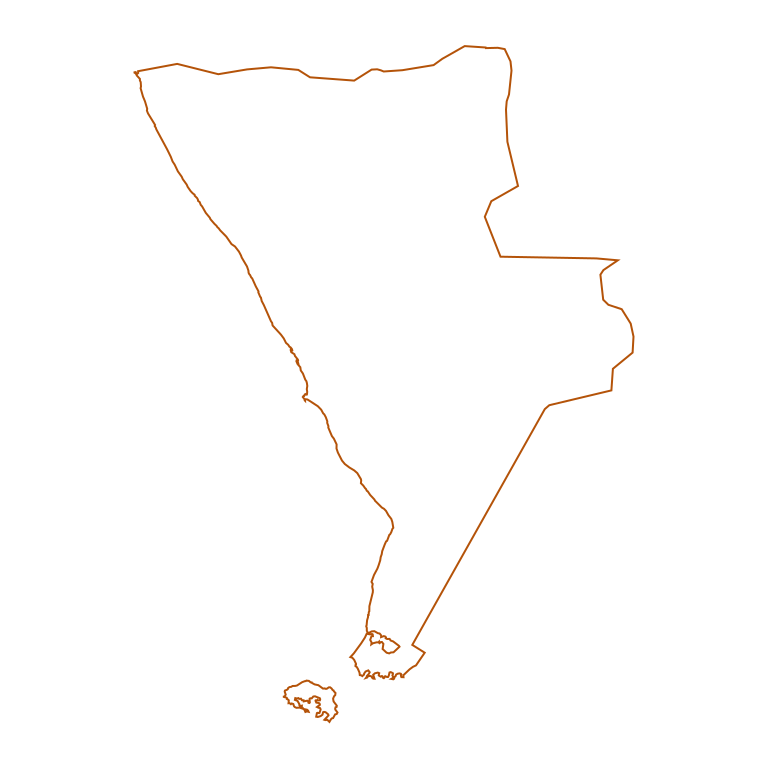 the district of Dhubab, Ta`izz, Yemen
{"feature_id": "15242507B83156576087304", "entity_name": "Dhubab", "entity_type": "district", "adm_level": 2, "iso_a3": "YEM", "parent_name": "Yemen", "parent_adm1": "Ta`izz", "projection": "mercator", "projection_center": [43.427, 12.956], "detail": "fine", "context": "isolated", "style": "outline", "palette": "amber", "viewbox_px": 768, "rotation_deg": 0, "n_neighbors": 0, "source": "geoboundaries", "source_scale": "gbopen_adm2", "svg_char_len": 6085}
<svg xmlns="http://www.w3.org/2000/svg" viewBox="0 0 768 768"><path d="M371.6,69.6L354.2,80.6L310.0,77.3L298.3,69.9L271.0,67.3L247.1,69.4L218.3,74.2L177.2,63.9L138.1,71.2L138.2,73.0L136.7,74.4L135.8,72.2L136.2,72.0L134.5,72.3L134.5,72.7L135.4,73.2L135.8,72.8L136.0,73.5L135.3,74.3L136.0,74.0L136.7,74.8L136.7,75.4L139.9,78.9L139.9,80.5L140.7,82.1L141.0,86.5L140.6,88.2L143.0,96.6L145.0,101.4L147.2,108.8L146.9,110.6L148.0,113.4L155.1,125.0L154.7,126.0L155.9,127.9L156.3,129.3L167.1,149.3L170.8,156.8L172.6,161.5L174.7,164.7L177.9,171.4L181.7,176.7L182.8,179.2L186.7,184.6L187.7,186.9L190.7,191.2L192.7,193.3L194.6,194.7L194.7,195.7L197.1,198.1L197.9,199.6L198.1,200.9L199.7,202.1L200.7,204.8L202.1,206.4L205.8,212.9L209.8,217.7L210.5,219.3L214.4,223.8L216.6,225.9L217.4,227.2L218.6,228.2L220.2,230.4L226.3,236.6L231.5,244.1L235.0,246.5L239.0,251.7L241.0,255.5L241.7,257.5L247.0,266.5L248.4,270.6L248.6,272.8L249.4,274.4L250.0,274.9L251.2,277.4L252.2,278.4L255.8,286.4L258.5,291.4L258.3,292.3L260.2,296.8L260.9,297.5L261.7,301.0L263.8,305.0L271.0,321.3L272.1,322.8L272.6,325.5L281.0,334.7L283.8,338.5L286.0,342.9L288.2,344.8L289.5,346.8L290.5,347.3L291.1,348.0L292.0,349.2L292.3,350.5L291.3,351.0L291.1,348.7L290.8,348.7L290.7,350.2L291.3,352.2L294.4,354.2L295.0,356.0L297.8,359.5L298.1,360.4L297.7,361.4L298.4,363.9L298.0,364.0L297.8,363.6L296.9,361.1L297.0,360.2L296.6,360.3L296.4,361.3L297.6,364.1L300.3,367.2L300.8,370.5L302.9,373.5L305.3,379.7L306.4,381.2L306.9,383.1L307.3,385.9L306.8,389.1L307.2,391.7L307.0,394.1L306.8,394.6L305.9,394.6L305.5,394.2L305.0,394.7L305.4,394.8L304.7,394.6L304.1,396.0L303.5,396.0L302.8,397.0L304.7,399.5L304.7,400.4L305.0,400.7L304.9,399.5L305.4,399.2L307.5,399.5L317.8,406.2L321.2,409.7L323.2,413.4L324.3,414.4L325.8,417.2L327.3,421.3L327.2,422.9L328.4,426.1L328.3,427.6L331.9,436.1L333.9,438.7L336.6,444.4L336.5,448.5L337.9,452.6L342.0,460.6L344.8,464.0L349.4,467.5L354.2,470.4L357.3,473.1L360.9,479.1L361.2,480.4L360.9,483.2L363.3,485.6L365.1,488.2L365.9,488.9L366.8,490.8L367.7,491.3L370.2,495.0L374.5,499.6L374.9,500.6L381.9,507.6L384.0,508.8L386.0,510.9L388.5,515.3L391.3,518.9L392.3,521.9L393.3,527.8L392.4,528.9L391.3,532.1L390.1,534.3L389.3,534.9L387.1,540.8L386.1,541.4L384.8,544.3L382.2,551.2L381.7,554.3L380.7,557.1L380.2,560.4L378.7,565.1L377.4,568.6L374.0,575.0L371.5,581.9L372.7,583.9L372.2,586.7L372.9,590.1L372.8,592.3L369.4,606.2L369.3,611.3L368.8,612.1L368.6,615.0L368.1,615.0L368.0,617.2L367.1,620.2L366.6,625.3L366.2,626.2L366.8,627.9L366.8,630.8L367.8,632.6L368.7,633.0L371.7,631.4L374.4,631.2L377.9,633.2L379.6,633.5L380.9,635.0L381.2,635.9L381.1,637.1L383.8,636.1L385.4,636.6L386.0,637.4L385.7,638.3L387.1,639.0L389.6,638.9L390.6,640.5L393.1,641.4L398.9,645.8L399.5,646.7L393.5,652.3L390.8,652.5L389.2,653.4L386.6,652.7L382.6,649.0L383.4,643.9L381.9,642.0L380.7,642.1L379.6,643.2L378.9,642.7L378.9,641.8L378.4,642.3L376.7,642.3L372.9,643.3L371.3,644.4L371.6,642.5L370.2,639.9L371.3,636.7L372.0,636.1L372.9,636.1L372.7,634.4L372.0,634.0L370.1,634.4L366.7,633.7L364.9,637.6L361.2,643.3L353.8,653.4L350.4,657.1L352.4,657.8L354.2,659.9L356.0,663.8L356.0,664.6L355.5,665.0L355.5,666.2L356.6,666.8L357.8,668.7L359.5,672.6L359.8,675.1L361.5,675.4L362.3,676.1L364.0,674.6L364.1,673.6L365.6,671.5L368.3,670.4L369.7,672.2L368.9,673.8L366.9,676.0L366.8,676.8L366.0,677.9L367.2,677.5L367.9,676.4L368.6,676.0L370.4,676.0L371.6,676.5L372.0,677.6L373.2,678.6L374.5,678.7L373.2,674.8L374.9,673.3L377.8,672.6L379.2,673.2L378.7,675.3L379.2,675.8L380.8,676.7L381.6,676.1L382.3,676.2L383.1,677.9L383.8,678.2L384.5,677.5L384.7,676.5L385.2,676.2L387.0,677.0L388.0,677.0L388.8,675.6L389.5,672.5L390.7,672.1L392.8,673.1L393.0,673.9L392.4,675.4L393.0,676.5L393.1,677.9L391.3,678.9L393.3,679.3L394.1,678.7L394.6,676.8L395.5,676.3L396.1,674.6L397.7,673.7L399.6,673.4L400.9,673.8L401.2,674.4L400.9,674.6L401.0,676.0L401.4,677.1L403.5,677.2L403.3,675.3L409.6,669.3L413.0,666.8L416.0,665.4L424.7,652.7L412.3,644.9L544.8,409.1L549.3,405.2L611.4,390.4L612.9,368.8L632.6,352.6L633.5,336.6L630.7,323.6L621.7,309.2L608.4,304.8L603.2,299.7L600.4,274.7L603.4,270.1L617.8,260.3L596.3,258.4L500.5,256.7L484.8,216.8L491.3,201.2L518.0,186.0L507.4,141.8L506.0,109.6L506.7,101.3L509.0,94.5L511.5,70.6L510.5,61.4L504.7,49.1L497.8,47.8L485.9,48.1L485.7,47.5L464.7,46.1L442.3,58.8L433.6,65.1L402.4,70.2L383.7,71.5L380.8,70.3L377.2,69.3L371.6,69.6ZM308.9,680.9L306.4,680.6L305.8,681.1L305.0,681.1L302.1,682.2L297.0,685.5L295.3,685.9L292.5,686.0L291.3,686.8L289.4,687.1L288.0,688.2L287.9,689.0L287.3,689.6L284.9,690.6L284.7,691.7L285.7,694.6L284.6,696.5L283.8,696.6L283.8,696.9L286.6,697.7L287.1,698.4L286.9,699.0L288.5,699.9L288.8,700.5L288.5,703.2L289.5,703.1L290.9,704.2L291.7,703.5L293.3,704.0L294.0,706.2L294.7,707.0L296.4,707.8L299.6,707.6L303.6,709.0L304.4,709.8L305.4,712.0L306.9,711.4L308.6,711.8L308.1,710.6L307.0,709.7L305.0,709.3L304.9,709.6L303.3,708.7L302.4,707.5L302.5,707.2L302.3,707.4L301.6,706.5L301.8,705.7L300.1,706.1L299.6,705.6L299.3,705.0L299.5,704.4L297.5,700.9L294.9,699.9L295.3,698.1L296.9,698.5L298.4,698.1L299.2,698.9L301.0,698.7L301.9,700.2L303.6,700.3L303.7,701.4L307.3,700.7L308.0,701.1L308.5,702.8L309.4,703.0L309.8,702.5L309.5,699.0L310.2,698.3L311.7,698.4L313.3,696.5L315.0,696.3L319.8,698.2L320.2,699.2L319.9,700.3L317.7,700.3L317.4,699.9L317.0,700.3L315.7,700.3L315.5,700.8L316.3,702.6L318.8,703.0L319.6,703.6L319.9,704.8L317.0,707.0L318.6,707.8L319.8,707.9L320.3,708.5L320.6,709.6L319.5,712.9L319.1,713.1L317.6,712.8L316.9,713.1L316.2,716.7L317.8,717.0L320.6,716.1L322.5,714.7L323.1,712.2L324.0,711.9L325.6,712.2L328.2,714.4L328.5,715.4L324.4,719.8L325.3,720.1L327.3,719.8L329.4,721.9L331.0,719.2L332.0,718.3L333.1,718.1L335.1,714.4L336.7,714.0L337.5,712.5L335.3,709.6L335.2,708.4L335.6,707.2L336.6,706.9L336.8,705.7L333.6,701.5L333.2,699.4L333.1,698.6L334.1,696.2L335.2,695.2L335.5,693.0L333.8,691.2L333.6,690.5L332.6,690.0L331.6,688.5L330.1,687.3L328.9,687.3L326.7,688.8L325.3,688.8L324.8,688.4L323.0,688.6L318.4,685.2L314.6,684.4L311.9,682.9L311.7,682.4L310.7,682.4L308.9,680.9Z" fill="none" stroke="#b45309" stroke-width="2"/></svg>